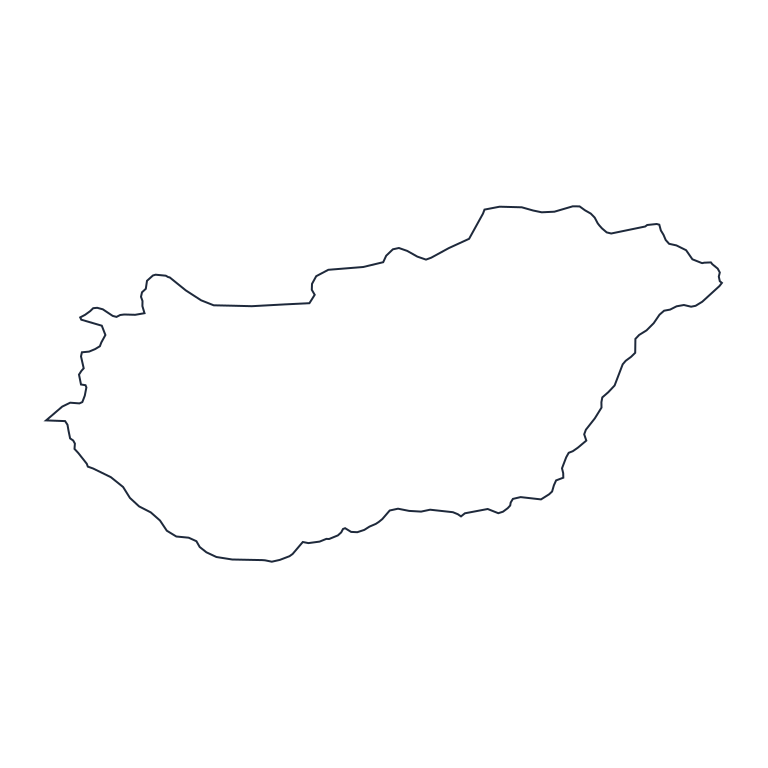 an SVG outline of Hungary
{"feature_id": "HUN", "entity_name": "Hungary", "entity_type": "country or territory", "adm_level": 0, "iso_a3": "HUN", "parent_name": "Europe", "parent_adm1": "", "projection": "natural_earth1", "projection_center": [19.424, 47.153], "detail": "fine", "context": "isolated", "style": "outline", "palette": "slate", "viewbox_px": 768, "rotation_deg": 0, "n_neighbors": 0, "source": "natural_earth", "source_scale": "50m", "svg_char_len": 2659}
<svg xmlns="http://www.w3.org/2000/svg" viewBox="0 0 768 768"><path d="M647.2,225.0L656.7,224.0L657.1,224.1L659.3,224.7L660.9,230.6L661.2,231.0L663.5,234.8L665.7,240.0L669.1,243.8L676.4,245.4L686.1,250.2L692.4,259.3L701.7,263.0L702.4,263.1L704.2,262.7L710.9,262.4L712.3,264.2L717.7,268.6L719.8,272.5L718.8,276.6L719.8,281.2L721.9,282.9L719.5,286.0L702.3,301.7L695.6,305.8L691.1,306.7L683.9,305.0L676.6,306.3L670.1,309.6L664.1,310.7L659.5,314.7L653.7,323.2L646.5,330.4L639.2,334.9L635.4,338.9L635.2,352.8L631.1,356.8L625.7,360.8L622.7,364.3L614.6,385.5L608.3,392.2L602.3,397.4L601.4,402.2L601.5,407.6L594.8,418.4L585.9,429.7L584.2,434.3L586.3,440.6L577.7,447.8L572.8,451.2L568.7,452.8L566.2,457.3L562.0,468.3L563.2,473.2L563.3,477.7L556.1,480.4L553.9,485.3L552.1,491.5L549.1,494.3L541.0,499.4L520.6,497.1L512.9,498.9L510.7,502.5L510.2,505.5L507.7,508.2L503.0,511.7L498.3,513.2L487.7,509.0L464.9,513.3L461.0,516.4L457.8,514.2L452.9,512.2L430.1,509.7L421.1,511.6L409.1,510.9L398.0,508.7L389.7,510.5L382.3,519.1L378.7,522.0L375.8,523.9L369.5,526.6L364.3,529.9L357.3,532.2L351.1,531.9L345.1,528.2L343.0,529.0L341.2,532.4L337.9,535.4L329.1,539.0L326.9,538.9L326.3,538.9L319.6,541.6L308.4,543.1L302.8,542.0L292.6,554.0L289.5,556.2L279.8,559.9L271.8,561.7L265.0,560.3L262.3,560.1L232.2,559.5L216.4,557.0L206.4,552.3L199.7,547.0L196.4,541.2L188.7,537.7L176.3,536.5L166.8,530.7L160.0,520.5L150.8,512.4L139.1,506.4L129.9,497.9L123.1,487.0L110.9,477.2L93.1,468.5L87.8,466.6L86.8,463.8L78.2,452.9L74.5,448.9L74.9,443.6L73.2,440.5L70.1,438.4L68.5,430.6L67.5,424.8L65.1,421.1L46.1,420.4L62.2,406.6L70.2,402.7L79.4,403.4L82.3,402.1L83.1,400.1L84.8,395.6L85.6,391.4L86.4,387.4L85.5,385.2L81.0,384.5L79.0,374.6L81.4,370.9L83.7,368.3L81.0,356.4L81.9,352.3L89.1,351.6L95.1,349.1L99.9,346.2L101.3,342.5L105.4,335.0L101.8,325.7L81.3,319.7L80.2,317.4L85.1,314.8L90.2,311.1L93.2,308.2L97.2,307.8L102.8,309.3L112.7,315.9L116.5,316.9L120.2,315.0L124.2,314.5L135.2,314.8L144.5,313.2L142.4,306.1L142.5,301.0L141.0,296.8L142.0,292.3L145.8,288.8L147.0,280.8L152.9,275.5L155.6,274.7L165.8,275.7L168.2,277.1L169.7,277.4L185.8,290.4L201.1,300.3L213.7,305.3L232.2,305.7L251.8,306.2L284.7,304.4L309.4,303.2L311.0,300.7L314.7,294.8L311.8,289.8L312.0,283.9L316.2,276.2L328.3,269.8L363.2,267.0L383.2,262.2L386.2,255.7L392.9,249.3L398.9,248.0L407.2,250.9L417.3,256.6L426.0,259.6L431.2,257.7L448.8,248.1L469.1,238.8L483.0,213.6L484.5,209.6L499.6,206.7L521.8,207.3L533.1,210.5L541.7,212.3L554.4,211.7L572.8,206.3L579.6,206.4L585.0,210.3L590.8,213.6L594.7,217.6L597.7,223.3L599.4,225.5L602.0,228.4L606.7,232.4L611.2,233.5L645.2,226.5L647.2,225.0Z" fill="none" stroke="#1e293b" stroke-width="2"/></svg>